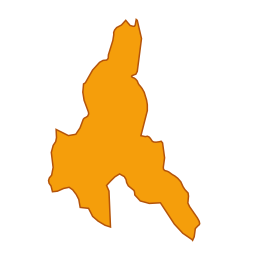 SVG path tracing the border of Jura, rotated 273°
{"feature_id": "CHE-160", "entity_name": "Jura", "entity_type": "Canton", "adm_level": 1, "iso_a3": "CHE", "parent_name": "Switzerland", "parent_adm1": "", "projection": "orthographic", "projection_center": [7.156, 47.327], "detail": "fine", "context": "isolated", "style": "filled", "palette": "amber", "viewbox_px": 256, "rotation_deg": 273, "n_neighbors": 0, "source": "natural_earth", "source_scale": "10m", "svg_char_len": 1674}
<svg xmlns="http://www.w3.org/2000/svg" viewBox="0 0 256 256"><g transform="rotate(273 128 128)"><path d="M71.4,51.4L74.1,52.1L76.9,54.2L84.7,55.3L99.6,52.7L106.7,54.2L110.6,56.5L111.2,56.6L114.6,57.1L122.8,56.3L117.3,68.9L119.0,76.2L125.6,80.1L134.4,82.9L135.6,83.9L136.5,85.5L137.7,87.1L140.0,88.0L142.0,87.6L153.4,82.7L161.4,81.0L169.7,81.3L170.5,82.6L171.4,83.3L184.0,89.6L192.1,96.2L194.2,99.6L194.7,103.1L195.8,104.1L196.7,104.6L200.0,104.6L214.6,108.3L220.5,108.9L222.6,108.7L225.1,109.5L227.7,111.4L230.5,116.1L235.4,120.1L230.5,124.7L229.8,127.7L230.0,129.1L231.1,129.8L236.8,130.5L236.0,131.6L218.0,136.8L185.0,134.3L182.1,133.0L181.5,131.4L180.4,129.2L179.5,128.9L178.8,129.7L178.2,131.6L177.1,133.2L175.4,134.8L173.0,135.9L171.6,136.9L170.3,138.2L168.0,140.1L164.5,142.3L156.8,145.1L152.2,146.1L146.4,146.4L121.0,141.3L120.3,145.8L120.8,147.8L120.2,149.4L119.0,150.7L116.0,153.0L115.4,154.4L115.3,155.4L115.3,156.8L115.9,160.0L116.5,161.8L114.9,163.3L100.1,166.1L90.7,165.3L88.7,165.6L87.5,166.8L86.9,169.3L86.6,170.1L86.2,171.1L84.0,174.4L82.5,177.3L80.4,180.3L77.1,183.5L72.3,186.0L69.5,188.0L66.2,191.4L63.1,192.0L56.2,191.7L52.7,193.6L41.8,202.0L38.5,204.0L36.1,204.6L34.9,204.0L33.8,202.8L31.1,200.5L22.8,199.8L19.2,198.4L19.9,197.8L25.7,188.3L34.5,179.3L55.0,164.3L53.8,153.2L55.8,144.1L61.5,138.3L64.2,137.9L65.9,137.3L70.3,131.3L73.4,129.5L76.5,128.7L79.3,126.8L81.7,122.0L78.5,117.4L74.0,113.3L69.5,109.6L64.0,112.3L28.2,115.7L29.7,110.1L33.4,103.1L37.9,97.3L45.7,92.8L46.2,84.4L50.1,83.5L54.1,82.6L58.9,79.8L63.4,76.0L65.7,72.3L64.3,67.0L61.2,60.8L60.4,55.9L66.0,54.2L68.7,52.1L71.4,51.4Z" fill="#f59e0b" stroke="#b45309" stroke-width="1.5"/></g></svg>